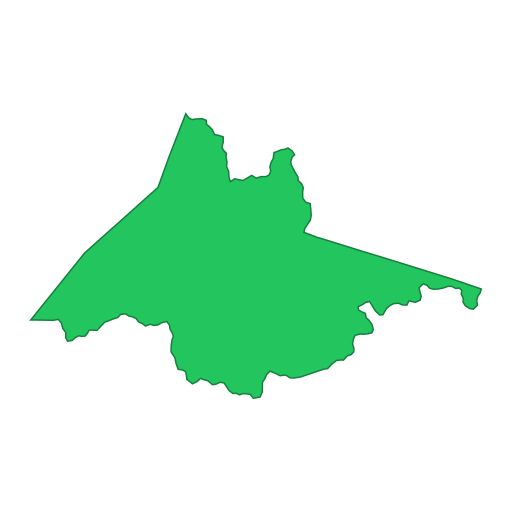 outline of Caatiba, Bahia, Brazil
{"feature_id": "56859067B44818441273124", "entity_name": "Caatiba", "entity_type": "district", "adm_level": 2, "iso_a3": "BRA", "parent_name": "Brazil", "parent_adm1": "Bahia", "projection": "orthographic", "projection_center": [-40.334, -14.98], "detail": "fine", "context": "isolated", "style": "filled", "palette": "green", "viewbox_px": 512, "rotation_deg": 0, "n_neighbors": 0, "source": "geoboundaries", "source_scale": "gbopen_adm2", "svg_char_len": 2787}
<svg xmlns="http://www.w3.org/2000/svg" viewBox="0 0 512 512"><path d="M30.7,320.0L36.7,320.0L53.2,320.3L58.4,319.4L61.4,323.1L62.9,328.6L65.9,332.6L65.7,337.8L67.6,341.2L72.1,340.5L75.6,337.4L78.8,335.8L81.7,336.4L85.3,336.0L87.3,333.4L89.2,330.2L92.6,330.1L96.9,330.4L101.3,325.8L104.7,322.2L109.1,320.6L113.3,318.9L117.8,317.5L120.6,314.4L125.2,313.8L129.2,316.1L132.3,316.8L136.1,318.5L138.5,321.9L142.0,323.3L145.4,326.0L150.1,324.3L153.9,325.4L157.9,324.9L162.0,322.6L166.9,321.5L169.6,325.5L170.0,329.1L172.0,332.5L173.4,336.2L172.1,339.7L171.3,344.5L171.1,348.7L171.1,352.0L174.9,357.7L176.0,363.2L178.2,369.4L182.3,369.9L185.8,371.8L186.9,379.4L192.5,383.8L197.1,381.5L200.5,378.4L203.4,379.5L207.9,380.8L212.5,384.7L215.8,384.2L220.1,382.3L224.2,383.0L226.6,386.8L229.0,390.5L232.9,393.5L236.3,393.3L239.6,394.8L242.7,393.7L245.9,393.7L250.2,394.4L253.4,398.3L260.1,397.0L262.4,391.8L262.4,386.8L262.5,382.2L264.8,378.8L266.5,374.8L269.9,371.1L275.5,373.4L280.1,375.7L285.6,375.0L290.2,377.9L294.7,377.9L300.5,377.0L323.9,369.1L327.6,368.6L331.3,364.6L336.4,360.5L340.3,360.0L343.5,360.1L347.3,355.9L351.3,354.5L353.8,351.8L353.9,348.2L352.5,343.9L353.4,339.2L355.1,335.4L360.0,334.0L364.1,334.2L367.4,333.9L371.9,332.8L373.3,329.6L371.9,324.3L369.1,320.3L366.0,317.6L365.4,313.4L362.2,312.0L358.7,310.2L358.0,306.8L361.8,304.9L366.0,302.3L369.6,301.5L372.7,306.6L375.6,311.2L379.7,315.0L383.1,314.6L384.8,311.3L386.5,308.5L389.9,305.6L393.5,303.7L398.4,303.2L402.4,304.9L406.9,305.1L408.8,300.9L415.4,302.3L420.1,300.2L421.2,296.3L419.8,291.5L419.2,287.7L423.0,283.9L426.9,285.2L429.6,288.2L433.4,289.2L437.5,289.1L442.6,288.2L447.9,286.4L451.8,286.4L455.6,288.4L459.3,288.1L461.7,290.2L461.3,294.2L463.2,298.2L463.1,302.3L465.3,305.7L469.5,308.5L473.3,309.2L477.5,305.2L476.7,300.7L477.6,296.7L480.2,292.7L481.3,289.0L450.7,278.6L386.0,258.5L371.3,254.0L363.0,251.5L320.2,238.2L316.7,237.2L303.9,232.3L304.9,228.3L308.1,223.5L310.3,220.2L311.2,215.6L310.8,209.4L310.2,203.5L305.7,202.2L302.8,198.2L302.6,192.3L303.3,187.7L301.4,183.5L298.2,180.6L297.9,176.8L295.4,172.9L293.0,168.3L291.2,164.9L290.8,161.2L292.2,157.0L294.6,154.8L292.0,150.8L287.9,148.0L284.9,149.3L281.5,149.7L277.5,151.3L274.0,152.6L273.2,158.5L270.9,162.8L269.9,167.0L270.7,171.3L269.0,175.0L266.0,176.6L260.9,176.6L256.4,178.2L251.6,175.4L247.7,177.8L243.1,180.5L238.9,179.7L234.6,178.8L230.3,181.7L229.0,177.3L228.6,171.3L226.6,166.7L226.9,161.6L226.0,157.0L226.4,153.3L224.0,150.8L221.8,147.5L223.2,142.4L223.2,136.9L218.7,135.4L214.5,134.5L212.4,129.8L209.6,126.8L206.6,124.5L206.2,120.3L202.2,118.7L195.8,119.0L191.9,119.6L188.7,117.8L185.8,113.7L169.1,156.6L158.0,187.4L142.2,201.5L134.1,208.8L128.4,213.9L84.7,252.9L34.2,315.7L30.7,320.0Z" fill="#22c55e" stroke="#15803d" stroke-width="1.5"/></svg>